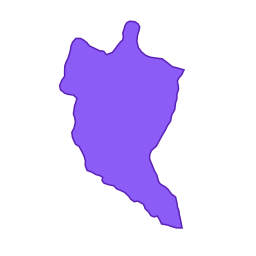 Ipiguá, São Paulo, Brazil, rotated 173°
{"feature_id": "56859067B47156636815188", "entity_name": "Ipiguá", "entity_type": "district", "adm_level": 2, "iso_a3": "BRA", "parent_name": "Brazil", "parent_adm1": "São Paulo", "projection": "orthographic", "projection_center": [-49.406, -20.638], "detail": "fine", "context": "isolated", "style": "filled", "palette": "violet", "viewbox_px": 256, "rotation_deg": 173, "n_neighbors": 0, "source": "geoboundaries", "source_scale": "gbopen_adm2", "svg_char_len": 1717}
<svg xmlns="http://www.w3.org/2000/svg" viewBox="0 0 256 256"><g transform="rotate(173 128 128)"><path d="M173.8,90.9L169.0,88.4L165.5,85.7L161.7,84.1L159.1,82.3L160.2,79.1L158.7,76.3L154.5,74.2L149.1,72.4L146.6,68.9L143.0,67.0L139.0,64.4L135.6,60.1L133.8,56.8L130.8,54.1L127.2,54.3L121.9,50.4L120.7,45.7L117.7,42.0L116.0,38.3L112.9,36.5L109.6,37.1L107.7,32.8L106.4,28.7L100.4,26.8L96.5,24.8L92.1,23.0L86.5,22.2L86.8,25.9L87.0,29.6L87.6,35.3L87.6,39.8L88.5,43.4L88.7,49.1L89.2,53.7L93.0,57.3L95.5,61.9L98.0,64.8L102.8,68.5L104.3,71.7L105.0,77.3L106.9,82.1L107.9,85.9L109.1,90.1L110.3,94.7L109.8,98.6L107.6,102.7L102.1,106.5L98.8,111.2L94.6,117.0L91.1,121.5L88.5,125.6L85.0,129.5L83.0,135.6L79.4,140.5L77.7,147.2L75.9,151.1L75.4,155.2L73.1,160.4L73.0,163.9L73.3,168.5L71.6,171.2L68.1,174.4L65.3,178.8L69.4,180.6L72.6,182.0L76.6,183.4L79.4,186.4L82.3,189.3L85.6,192.5L90.5,193.7L94.2,194.7L97.6,195.7L101.6,197.9L105.5,202.1L108.0,206.8L108.6,212.8L107.6,217.8L106.4,220.9L105.0,223.8L104.1,227.0L105.3,230.1L108.3,232.7L113.5,233.8L116.6,232.5L118.7,229.5L120.0,226.2L121.7,222.8L121.5,219.4L122.4,216.2L125.2,214.1L127.5,211.9L131.3,207.9L134.3,204.9L140.5,203.4L142.8,207.2L146.9,208.2L151.7,211.3L156.2,214.1L158.6,218.0L161.4,220.7L164.2,222.7L168.8,223.3L172.5,220.0L174.6,216.1L175.6,212.5L176.9,209.1L178.8,205.0L181.6,200.6L183.2,197.1L184.1,191.6L184.6,187.1L187.9,183.4L190.7,178.5L190.3,174.0L186.1,169.9L182.6,168.5L178.3,167.4L175.1,163.8L176.5,160.2L178.4,156.4L179.4,152.5L180.5,148.6L179.6,144.6L179.5,140.3L181.6,134.5L184.3,130.5L184.3,125.8L183.3,121.9L182.0,118.3L178.8,115.7L176.8,110.7L175.2,106.1L174.3,100.9L175.0,95.8L173.8,90.9Z" fill="#8b5cf6" stroke="#5b21b6" stroke-width="1.5"/></g></svg>